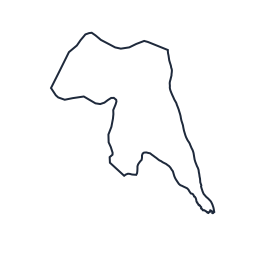 Mongoumba, Lobaye, Central African Republic, rotated 348°
{"feature_id": "33826404B21321520993489", "entity_name": "Mongoumba", "entity_type": "district", "adm_level": 2, "iso_a3": "CAF", "parent_name": "Central African Republic", "parent_adm1": "Lobaye", "projection": "robinson", "projection_center": [18.556, 3.707], "detail": "fine", "context": "isolated", "style": "outline", "palette": "slate", "viewbox_px": 256, "rotation_deg": 348, "n_neighbors": 0, "source": "geoboundaries", "source_scale": "gbopen_adm2", "svg_char_len": 3487}
<svg xmlns="http://www.w3.org/2000/svg" viewBox="0 0 256 256"><g transform="rotate(348 128 128)"><path d="M153.6,47.5L146.0,49.4L137.5,48.9L132.2,46.5L127.3,42.4L119.8,36.2L115.5,30.7L112.3,27.3L109.6,27.1L105.8,27.6L99.9,32.2L95.1,36.7L86.0,41.5L72.3,58.8L61.0,72.9L64.2,81.0L66.1,83.6L72.0,87.2L80.1,87.3L91.3,88.0L101.3,97.1L105.8,98.8L110.2,98.3L114.3,96.4L117.8,95.1L120.4,95.6L122.3,98.0L122.2,99.7L120.8,102.3L117.3,107.4L116.6,111.4L115.2,115.8L112.0,123.4L107.5,130.3L106.1,138.0L107.2,143.0L107.8,149.0L107.3,150.9L104.0,152.7L103.1,158.2L114.3,173.9L116.1,173.1L118.4,172.7L120.3,173.3L122.2,174.3L124.2,174.9L126.3,175.5L127.5,174.0L128.2,172.0L128.8,169.7L129.3,167.4L130.3,165.7L131.7,164.3L133.1,163.1L134.7,162.0L135.5,160.0L136.0,157.7L137.1,156.0L138.5,155.4L140.8,155.7L142.6,156.6L144.4,157.4L145.7,159.0L147.0,160.4L148.2,161.8L149.5,163.2L150.7,164.7L151.9,166.1L153.5,167.3L154.8,168.7L156.3,169.9L157.8,171.1L159.0,172.5L160.3,173.9L161.3,175.7L162.0,177.7L162.9,179.7L163.1,182.3L163.3,184.9L163.8,187.2L164.5,189.2L165.3,191.2L166.1,193.2L167.3,194.8L168.8,195.8L170.3,197.0L171.9,198.2L173.4,199.4L174.4,201.1L174.7,202.3L174.9,202.6L175.2,203.5L175.9,205.1L177.0,205.6L177.5,206.0L177.8,206.4L178.3,207.7L178.4,208.7L178.7,208.8L179.1,209.2L179.6,210.5L179.7,211.0L179.8,212.5L179.7,213.9L179.9,214.6L179.9,214.9L180.1,215.1L180.3,215.2L180.3,215.4L180.3,215.5L180.2,215.6L180.3,216.0L180.5,216.2L180.8,216.8L180.8,217.2L180.9,217.7L181.5,218.5L181.8,218.7L182.0,218.5L182.4,219.1L182.4,219.5L182.5,219.8L182.8,220.1L183.0,220.4L182.9,220.5L183.0,220.8L183.0,221.2L183.0,221.3L182.9,221.5L183.1,221.6L183.1,221.8L182.9,221.9L182.9,222.1L183.0,222.3L183.3,222.5L183.7,222.8L183.9,223.2L184.0,223.6L184.0,223.9L184.3,224.2L184.5,224.2L184.9,224.1L185.3,224.2L185.8,224.5L186.2,225.0L186.6,225.5L187.2,225.8L187.5,226.4L187.7,226.8L187.9,226.8L188.1,226.7L188.3,226.8L188.4,227.2L188.5,227.6L188.9,227.8L189.0,227.7L189.5,227.5L189.8,227.3L190.1,227.1L190.2,226.9L190.4,226.8L190.6,226.6L190.9,226.5L191.0,226.6L191.2,226.2L191.4,225.9L191.4,225.7L191.6,225.7L191.7,225.9L191.7,226.1L192.1,226.2L192.4,226.5L192.6,226.7L192.9,227.0L193.2,227.3L193.4,227.5L193.4,227.9L193.1,228.3L192.9,228.2L192.7,228.4L192.7,228.6L193.0,228.8L193.3,228.5L193.5,228.6L193.7,228.8L193.9,228.7L194.0,228.6L193.7,228.4L193.6,228.2L194.0,228.1L194.3,228.3L194.9,228.1L195.0,225.2L195.0,223.3L194.8,221.8L194.7,220.7L194.4,219.3L194.0,217.7L193.5,216.5L192.5,214.9L191.9,213.9L191.0,212.7L190.1,211.5L188.3,208.2L188.0,206.8L187.7,205.1L187.6,203.8L187.4,202.3L187.3,200.3L187.8,199.4L187.6,197.9L187.4,196.1L187.6,194.8L187.9,192.5L187.9,190.5L188.1,187.8L188.1,186.1L188.3,183.8L188.1,181.8L187.5,179.5L187.2,177.6L186.8,175.2L186.6,172.7L186.7,170.4L186.9,166.2L186.8,164.5L186.5,162.6L186.0,160.9L185.7,159.3L185.3,157.3L185.2,156.4L184.7,154.7L184.1,153.3L183.6,151.9L182.9,149.1L182.6,147.0L182.2,142.3L182.2,139.1L182.3,136.8L182.1,134.8L181.8,131.8L181.8,129.2L181.9,127.2L181.8,124.9L181.6,123.0L181.4,120.3L180.9,117.1L180.6,115.5L180.5,114.2L180.4,113.6L180.1,112.5L179.7,111.3L179.2,109.7L178.7,107.2L178.2,105.1L177.7,102.6L177.3,100.1L177.2,98.4L177.3,97.1L177.7,95.7L178.1,92.8L178.6,91.4L179.1,90.4L179.8,89.1L180.1,88.4L181.4,85.8L181.8,84.3L182.4,82.6L182.9,80.9L183.0,79.5L182.8,77.9L182.9,76.4L182.8,74.9L182.6,73.0L182.4,70.4L182.7,65.6L182.7,63.2L182.9,61.4L183.2,60.0L165.4,48.0L161.9,46.2L153.6,47.5Z" fill="none" stroke="#1e293b" stroke-width="2"/></g></svg>